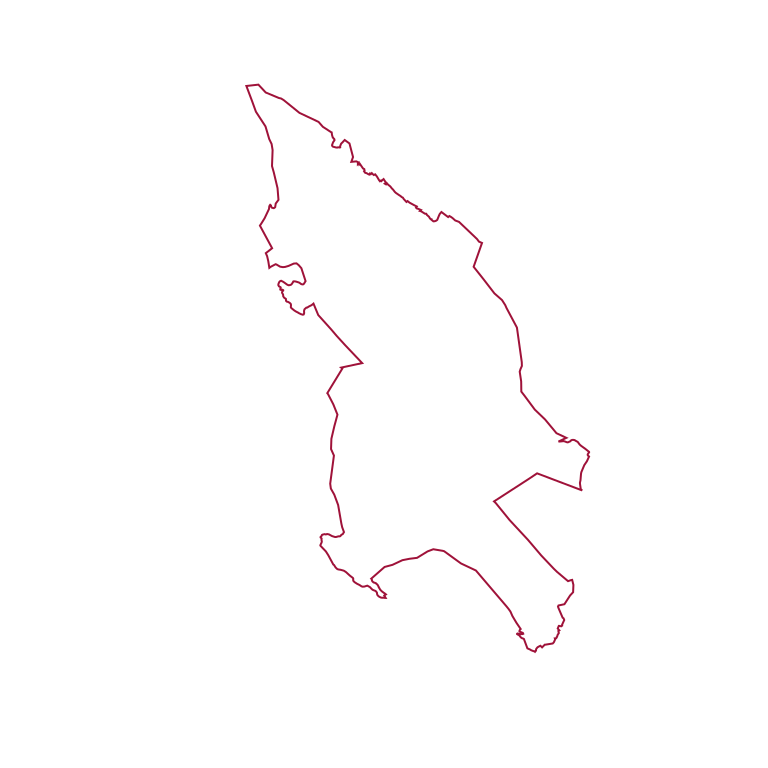 Oxchuc, Chiapas, Mexico (Albers equal-area conic projection), rotated 219°
{"feature_id": "50627088B29165563245458", "entity_name": "Oxchuc", "entity_type": "district", "adm_level": 2, "iso_a3": "MEX", "parent_name": "Mexico", "parent_adm1": "Chiapas", "projection": "albers", "projection_center": [-92.342, 16.796], "detail": "fine", "context": "isolated", "style": "outline", "palette": "rose", "viewbox_px": 768, "rotation_deg": 219, "n_neighbors": 0, "source": "geoboundaries", "source_scale": "gbopen_adm2", "svg_char_len": 6127}
<svg xmlns="http://www.w3.org/2000/svg" viewBox="0 0 768 768"><g transform="rotate(219 384 384)"><path d="M248.1,218.8L250.7,219.8L250.1,221.7L250.9,221.7L251.9,221.7L252.6,221.6L255.0,221.5L257.1,221.7L257.9,221.9L259.0,222.4L260.0,222.6L260.4,223.0L261.9,223.6L262.6,223.9L263.1,223.9L263.5,224.0L264.2,223.9L264.8,224.1L266.7,223.5L267.2,223.2L268.8,223.3L269.7,223.7L270.4,224.4L271.1,224.7L271.4,224.7L268.4,242.2L263.6,248.8L258.8,258.7L254.2,264.2L248.9,269.7L244.8,281.3L241.7,286.6L233.4,291.3L232.0,291.9L211.2,293.0L195.2,296.9L149.0,288.3L145.7,287.6L142.5,286.7L138.2,284.5L130.9,281.8L123.6,279.6L123.7,278.6L123.5,277.7L123.2,277.1L122.5,277.0L121.6,277.3L119.6,277.9L119.3,277.9L118.6,277.5L118.9,276.9L120.6,275.4L123.1,274.3L123.4,273.7L123.2,273.4L122.2,273.5L121.0,273.8L120.2,273.7L119.2,273.4L118.1,273.2L116.8,273.3L115.5,273.8L114.8,273.9L106.2,268.8L103.3,269.6L102.1,269.7L99.6,270.5L98.9,271.0L98.1,270.9L98.1,272.4L98.3,272.5L99.0,274.0L99.0,276.0L98.2,278.0L97.7,279.0L95.4,278.8L95.0,282.6L94.7,282.8L89.6,288.5L89.5,289.3L89.5,290.4L90.3,293.3L91.1,293.8L90.4,294.4L90.2,294.8L90.2,295.2L90.5,295.9L90.4,296.3L90.6,296.9L91.2,298.4L91.4,300.5L91.5,300.6L92.3,301.1L93.1,301.8L92.7,302.9L95.1,303.3L95.9,305.9L95.9,306.1L95.6,306.3L93.8,307.2L93.5,308.4L94.1,309.0L95.4,314.0L97.0,314.9L98.1,314.8L107.6,319.8L108.7,320.5L109.0,321.7L105.2,326.4L106.3,336.8L106.0,341.2L110.4,347.1L114.5,350.2L115.1,349.5L116.9,346.6L131.3,346.9L135.8,347.3L153.9,349.7L174.1,353.5L200.8,357.3L222.1,361.8L224.6,362.0L211.9,400.9L208.8,410.9L163.0,426.0L164.9,426.1L168.9,429.8L169.6,430.6L170.7,432.8L174.5,438.4L175.2,439.8L177.3,447.0L177.7,451.7L179.0,456.7L180.2,456.7L181.0,457.0L181.4,457.5L181.6,459.0L181.6,460.0L181.9,460.3L186.5,460.3L191.9,460.0L193.9,460.1L197.0,460.9L199.8,460.4L200.5,460.4L201.9,459.6L202.6,458.9L203.0,458.3L203.2,457.5L203.1,456.8L203.3,456.4L203.6,456.0L204.1,454.8L204.7,454.1L205.3,453.8L207.5,453.1L208.5,452.6L211.3,449.8L212.2,449.1L208.4,456.9L219.0,454.3L236.5,457.8L250.7,459.0L267.4,463.3L272.5,464.5L277.4,470.4L279.1,472.4L286.3,479.0L287.3,481.5L288.2,484.8L290.7,487.7L316.2,511.5L336.7,520.2L339.4,521.6L345.1,523.5L355.2,523.9L372.4,528.0L388.1,531.5L396.6,555.3L399.8,554.4L402.9,555.2L427.7,557.2L431.6,555.9L435.1,556.1L437.0,556.0L438.9,555.7L439.2,554.1L447.6,553.8L447.7,551.4L447.3,549.6L445.9,545.1L446.2,543.8L447.0,542.4L448.0,541.5L450.5,541.5L450.7,541.9L451.8,541.5L453.1,541.8L454.3,542.3L457.0,542.4L458.3,542.9L459.4,542.1L463.7,541.6L465.0,541.1L464.8,542.5L467.6,541.7L468.8,541.1L470.1,541.2L470.2,542.6L472.8,542.0L478.3,541.0L480.8,541.0L481.1,539.6L485.2,540.2L486.6,540.7L487.9,540.4L489.4,540.5L491.0,540.3L495.1,540.0L496.5,540.1L499.4,540.8L500.8,540.9L503.4,541.5L506.3,541.5L508.0,541.8L508.0,540.4L509.5,540.2L509.1,541.8L510.5,542.1L513.3,543.0L513.6,541.5L513.7,540.1L514.4,540.2L514.7,539.0L516.1,539.3L520.1,540.8L522.8,541.4L523.4,540.0L524.8,540.0L526.2,540.2L526.3,538.7L527.4,538.8L527.3,537.4L528.7,537.1L530.2,536.9L531.5,536.3L532.1,536.4L533.4,536.8L533.3,537.5L534.6,538.6L535.9,538.3L541.3,539.9L541.4,539.0L542.7,540.0L542.8,538.6L543.9,540.0L545.6,539.6L549.2,536.1L550.9,540.9L562.2,549.2L568.1,548.9L568.3,546.5L568.3,545.7L568.5,544.6L568.5,544.1L568.5,543.5L567.6,540.9L567.0,540.4L567.1,540.0L567.7,539.7L568.7,539.0L568.8,538.6L569.9,537.7L570.4,537.5L572.4,536.6L573.2,536.3L573.9,536.4L574.7,536.9L575.7,539.8L575.9,542.3L576.5,542.9L576.9,543.1L577.5,543.0L578.4,543.4L578.9,543.3L581.1,544.8L583.0,546.6L583.7,546.4L593.4,545.4L599.8,546.5L620.3,541.5L640.7,541.5L643.7,541.1L645.7,540.1L659.4,536.1L670.0,537.6L678.5,529.0L664.5,520.8L654.9,515.0L638.2,509.6L627.3,502.1L622.4,499.8L617.8,495.7L608.2,482.9L602.7,479.0L590.0,469.2L581.9,460.7L581.7,456.1L579.9,453.0L580.0,452.1L580.3,451.3L581.9,450.5L583.3,450.8L584.2,451.6L585.2,451.6L585.2,450.8L584.9,449.8L583.5,447.6L581.1,437.7L580.3,431.3L580.1,429.0L556.4,419.1L558.2,411.3L555.3,409.8L551.2,406.6L546.2,402.1L545.8,403.8L543.7,408.7L543.6,408.9L542.7,409.2L538.6,409.8L536.1,411.2L534.5,412.8L532.5,415.7L529.9,420.8L527.9,422.7L525.1,422.7L521.1,422.0L509.7,414.6L509.3,411.5L509.5,410.6L510.3,409.9L511.6,409.5L513.0,409.5L514.1,409.3L517.1,408.1L518.5,407.2L519.0,406.7L519.0,406.4L518.8,405.9L518.6,403.6L518.8,402.5L519.5,401.5L520.3,400.7L521.6,400.3L526.5,400.0L528.9,399.5L529.4,398.7L529.6,397.6L529.3,396.3L528.9,395.1L528.3,394.3L527.1,393.8L525.3,394.1L524.7,393.7L524.4,392.5L524.0,392.1L523.2,392.3L522.4,393.3L521.4,393.5L521.1,393.2L521.3,392.0L520.9,391.0L520.4,390.6L518.9,390.1L518.5,389.8L517.6,388.8L516.3,388.3L515.3,388.2L514.6,388.4L513.8,388.4L512.5,387.0L511.8,386.9L511.2,386.9L510.3,387.4L509.2,387.6L508.1,387.7L507.1,387.6L506.6,387.4L505.8,386.6L504.7,385.0L503.8,384.7L499.9,384.7L497.5,385.0L496.0,385.4L495.2,385.4L492.2,386.1L491.4,386.5L490.8,386.7L490.2,387.4L490.3,388.0L490.7,388.9L492.0,390.3L492.5,391.2L492.8,392.2L492.4,394.5L491.8,395.0L491.1,397.1L489.9,399.7L489.4,402.1L478.5,396.2L459.5,393.2L451.0,391.6L438.4,389.7L414.1,386.5L427.6,369.8L426.1,369.8L422.3,341.2L421.1,340.9L410.6,336.3L400.9,330.9L397.9,324.2L396.1,320.1L390.4,308.3L384.2,300.1L377.9,296.9L363.1,272.7L359.5,269.3L353.0,266.7L343.5,261.1L329.3,248.7L326.4,246.4L321.9,243.7L321.6,241.4L322.2,240.0L322.2,238.5L322.3,238.1L322.5,237.8L323.5,237.0L325.0,234.9L325.7,234.3L328.7,233.1L332.1,232.5L333.8,231.6L334.5,230.5L335.7,229.9L337.0,228.2L337.2,227.7L336.9,226.6L337.0,225.1L336.7,224.8L335.3,224.7L334.4,223.4L333.4,222.7L332.8,221.7L332.0,218.6L331.5,218.3L323.8,217.3L319.6,215.9L309.8,211.8L308.9,211.9L306.3,211.0L304.5,210.8L303.7,210.8L302.5,211.3L301.0,212.2L298.3,213.4L297.4,213.7L295.1,213.9L289.8,213.6L286.1,213.7L285.2,213.2L284.7,212.3L283.6,211.6L282.0,211.5L279.2,211.8L276.5,212.4L274.2,212.6L273.1,213.0L271.8,214.2L270.4,216.3L270.0,216.8L267.1,217.3L265.0,217.0L263.4,216.9L262.3,217.2L260.5,217.8L259.6,217.8L258.2,217.4L257.3,216.5L256.4,215.9L254.7,215.6L253.2,215.8L252.0,216.1L251.1,216.6L250.2,217.3L250.0,217.6L248.9,218.2L248.1,218.8Z" fill="none" stroke="#9f1239" stroke-width="2"/></g></svg>